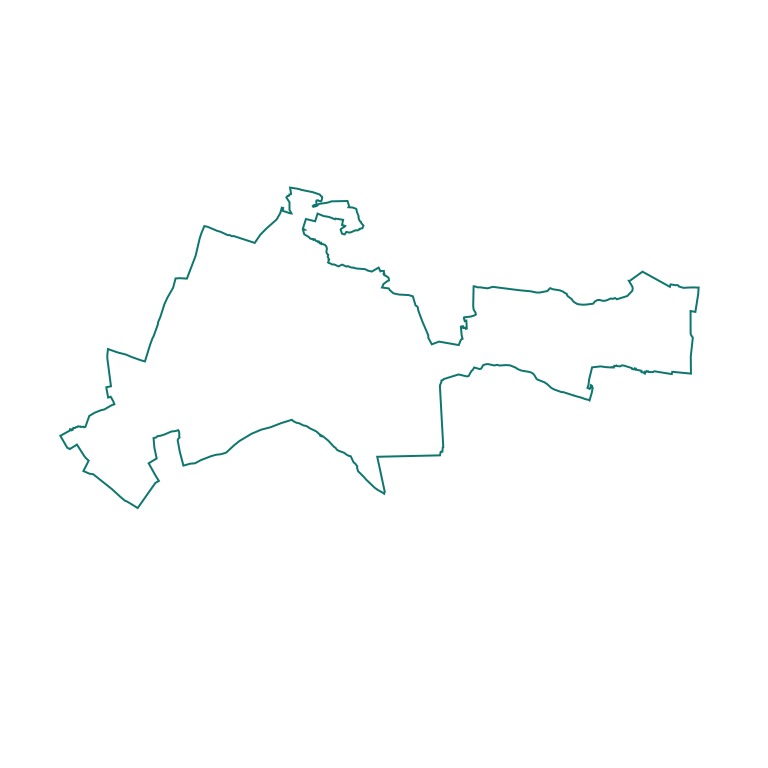 the district of Balabanesti, Galati, Romania, rotated 292°
{"feature_id": "2599482B66378466198707", "entity_name": "Balabanesti", "entity_type": "district", "adm_level": 2, "iso_a3": "ROU", "parent_name": "Romania", "parent_adm1": "Galati", "projection": "orthographic", "projection_center": [27.746, 46.074], "detail": "fine", "context": "isolated", "style": "outline", "palette": "teal", "viewbox_px": 768, "rotation_deg": 292, "n_neighbors": 0, "source": "geoboundaries", "source_scale": "gbopen_adm2", "svg_char_len": 6142}
<svg xmlns="http://www.w3.org/2000/svg" viewBox="0 0 768 768"><g transform="rotate(292 384 384)"><path d="M591.3,639.6L588.8,633.1L585.3,625.5L584.9,620.9L585.5,620.2L585.6,618.9L584.9,617.6L583.7,612.4L581.2,612.7L585.0,581.6L571.8,573.3L571.4,572.4L567.2,577.9L565.6,578.9L563.4,579.3L556.7,576.6L549.8,568.2L550.3,566.4L549.9,565.5L548.8,564.6L548.2,562.2L544.9,559.0L543.7,557.2L543.1,555.7L542.7,552.6L541.9,550.6L539.7,548.7L536.8,547.8L533.6,542.1L532.1,538.9L531.0,535.4L530.6,533.2L531.1,529.8L531.7,528.1L533.0,526.3L534.3,521.4L535.0,520.4L536.0,519.7L536.3,516.7L536.7,515.9L536.7,512.0L535.0,504.5L535.2,502.5L534.8,501.9L531.4,500.7L527.2,494.2L526.0,491.3L524.8,484.9L521.7,474.6L514.8,448.4L511.5,444.2L509.6,436.8L508.7,434.7L508.5,431.3L508.1,430.5L489.7,437.5L486.6,439.2L484.6,441.9L482.9,443.2L481.7,442.4L479.1,439.3L475.8,433.3L474.6,433.5L474.6,433.9L472.5,435.3L473.6,436.6L466.4,440.0L465.8,439.1L466.6,438.4L466.6,437.9L466.4,437.4L466.0,437.5L465.6,436.4L467.1,435.6L466.5,434.4L466.0,434.6L465.7,433.9L458.2,437.8L455.3,439.9L454.6,439.1L453.0,438.7L448.1,438.7L443.9,419.1L438.7,413.5L443.4,407.8L445.7,406.8L456.5,396.0L464.8,388.4L468.2,386.2L468.7,383.8L476.1,377.9L475.7,373.6L472.6,364.5L471.6,358.9L473.1,354.4L474.4,352.6L472.7,346.0L476.6,346.1L481.0,348.8L481.9,349.8L483.8,348.8L484.4,347.8L484.9,345.8L485.0,343.4L485.9,342.4L486.4,343.0L487.4,342.1L488.8,341.5L488.0,339.5L487.1,338.5L489.9,335.4L483.7,330.6L483.1,326.6L483.4,323.4L480.9,315.7L480.4,312.9L480.6,312.2L480.0,311.1L479.6,308.3L479.8,306.4L478.8,305.1L479.0,300.5L476.0,297.7L476.2,293.2L475.4,291.0L475.7,288.8L475.5,287.5L475.8,286.6L478.4,286.5L478.5,286.1L479.1,286.3L480.8,284.2L482.9,283.9L483.3,282.7L484.6,281.2L488.2,280.3L489.6,279.3L490.7,277.7L490.9,274.8L490.2,273.6L490.5,272.9L491.3,272.7L490.5,271.6L491.7,270.6L491.7,270.1L491.0,269.5L491.5,268.9L491.2,267.9L491.3,266.9L492.1,266.0L491.2,264.7L492.0,264.3L491.3,262.4L491.3,260.6L491.9,259.9L492.4,257.7L492.9,254.0L496.5,251.2L497.3,252.6L497.6,250.6L507.7,249.8L509.1,259.2L517.1,258.6L517.1,265.1L518.3,270.4L518.4,276.9L519.2,277.1L520.9,284.6L515.7,285.5L516.0,288.8L515.0,288.6L514.5,287.9L511.7,286.1L510.8,286.0L507.7,288.7L507.7,290.0L508.0,291.5L510.9,292.1L511.3,294.8L512.0,296.2L516.0,300.2L516.5,302.0L518.2,303.4L518.7,303.2L520.3,305.6L523.2,305.6L524.7,302.6L525.6,302.0L525.7,301.1L526.6,299.8L529.0,297.8L530.0,297.7L533.6,294.2L535.6,293.1L536.0,292.5L535.9,288.9L534.6,284.9L535.7,285.1L540.0,281.6L533.7,266.9L530.9,263.6L526.6,256.2L523.8,254.9L521.8,252.1L522.3,251.3L523.2,251.7L523.9,252.3L524.7,254.1L525.3,254.3L527.3,253.0L528.5,252.7L529.2,253.0L529.6,254.0L529.4,254.4L529.8,257.1L530.8,257.4L533.9,256.8L534.5,256.3L534.6,255.3L535.6,253.5L535.2,246.2L532.9,233.9L533.1,233.5L532.6,230.4L530.9,223.3L525.6,226.6L524.9,226.5L524.4,225.3L523.2,225.4L522.7,225.2L522.2,224.1L520.4,223.6L517.1,228.3L510.1,231.1L507.5,234.3L507.1,233.0L506.6,225.2L509.4,224.6L509.2,223.2L503.3,223.8L496.3,222.8L483.8,216.6L476.1,213.4L466.4,211.3L464.9,189.5L464.0,187.4L464.3,185.5L463.5,183.2L463.9,175.4L463.5,172.2L463.7,161.6L463.1,158.3L455.6,158.2L449.8,158.6L432.3,161.3L407.9,161.8L405.6,155.0L403.8,151.2L394.3,152.4L382.6,150.8L375.8,150.5L362.5,151.5L356.7,151.4L354.7,152.0L341.4,152.5L340.4,152.2L333.2,152.4L315.4,153.9L315.0,150.7L314.5,140.5L314.6,133.5L313.5,125.5L313.0,115.0L306.9,116.7L303.9,118.0L279.6,131.7L277.0,127.8L276.1,128.2L268.1,133.3L269.8,135.4L266.7,139.3L264.2,141.6L262.3,139.4L255.5,134.1L253.6,131.3L248.9,126.4L244.0,122.7L232.4,123.2L231.5,122.1L231.8,121.3L230.6,119.0L230.9,118.2L230.2,117.1L230.2,116.2L229.0,115.5L228.7,114.6L227.6,114.1L226.9,112.4L225.1,112.6L224.2,111.9L224.9,111.1L224.4,109.8L223.2,110.2L214.7,103.3L206.4,114.0L206.0,115.6L206.3,116.3L206.0,117.1L212.8,122.0L205.3,132.5L203.7,135.1L202.3,138.9L190.7,137.9L190.5,144.6L191.4,148.2L184.5,171.5L180.4,182.4L178.7,187.7L178.8,189.5L178.1,194.1L176.7,202.1L206.7,209.1L209.8,211.6L213.1,207.0L222.3,195.5L229.8,201.1L238.7,195.1L247.5,190.6L249.2,192.9L250.8,193.5L252.1,195.9L254.7,199.1L260.4,204.8L262.3,208.4L264.1,210.5L263.3,211.5L261.0,213.0L259.1,213.5L257.8,214.5L255.6,213.6L254.5,213.8L244.9,219.9L233.2,228.6L237.6,234.3L239.7,238.5L244.7,242.6L252.4,250.8L255.4,254.7L257.9,259.2L260.4,262.4L261.5,263.5L271.3,268.1L277.1,271.4L288.3,279.9L295.6,287.2L301.5,295.1L309.3,303.4L316.3,312.0L315.6,313.7L315.3,317.3L315.8,320.1L315.4,324.7L315.9,327.4L315.7,329.8L315.2,331.3L314.7,339.0L313.2,343.1L313.1,344.3L312.2,344.2L312.1,346.0L312.8,346.5L310.6,353.5L306.9,361.4L306.7,362.9L305.4,364.9L305.1,367.4L305.3,372.7L304.5,375.6L304.2,378.2L304.5,380.3L300.0,385.1L299.4,387.2L297.7,390.0L296.1,390.5L293.4,392.7L290.4,399.9L288.6,403.4L284.3,414.3L283.3,418.5L282.8,423.4L282.3,425.2L284.3,425.1L314.0,405.0L338.8,462.6L342.4,462.0L343.1,463.5L347.2,462.2L347.7,462.6L402.2,437.0L403.8,436.4L407.7,436.4L408.7,435.9L409.9,437.2L410.9,437.5L420.8,449.6L422.0,457.5L422.4,458.6L423.2,459.5L428.4,460.1L430.7,461.1L433.1,461.4L433.7,467.1L434.8,468.4L438.7,468.9L440.3,470.9L441.4,472.8L442.5,479.3L444.2,481.7L444.3,483.9L447.4,490.4L448.5,493.9L448.5,499.7L447.9,502.5L447.9,506.2L449.7,514.6L449.7,517.3L448.9,519.6L446.0,523.4L445.6,524.4L445.7,532.0L445.0,535.4L443.0,540.8L442.7,544.0L443.0,551.9L443.6,553.1L444.6,566.5L445.3,572.2L445.4,576.3L446.0,580.0L445.8,580.7L453.9,579.9L458.7,578.9L458.9,578.2L460.1,577.7L460.4,576.3L457.5,576.9L457.3,576.5L456.5,576.5L456.6,574.1L459.9,573.9L465.0,572.5L477.4,570.7L481.6,578.5L482.6,582.9L484.7,589.2L485.2,589.2L485.4,590.9L487.1,590.7L487.4,592.1L488.2,592.5L488.0,593.2L488.2,594.4L489.1,596.8L490.1,597.2L490.9,599.1L491.6,607.7L490.8,608.5L491.4,610.8L492.4,610.6L492.6,611.8L491.6,612.1L492.6,616.9L492.4,617.0L492.5,617.9L491.4,618.4L492.3,621.1L491.4,621.4L491.4,622.0L493.3,621.5L493.6,622.7L494.3,622.7L494.7,624.3L494.2,624.6L494.5,625.7L495.8,628.9L496.7,629.4L497.1,630.1L501.0,647.1L503.3,646.7L508.6,664.7L524.5,658.1L542.6,653.0L544.7,650.0L546.6,649.0L566.5,640.9L567.5,645.7L584.8,641.7L591.3,639.6Z" fill="none" stroke="#0f766e" stroke-width="2"/></g></svg>